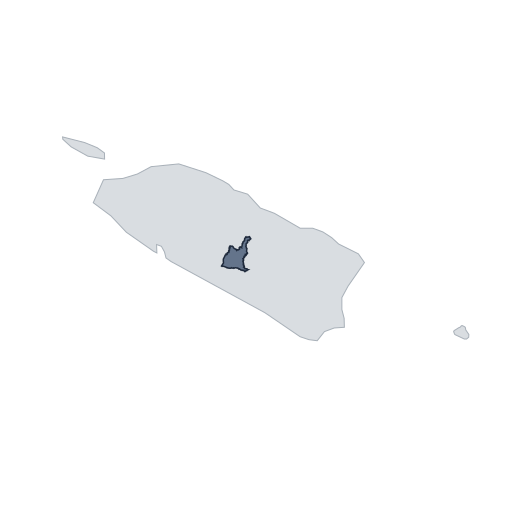 location of Ciales, Puerto Rico, rotated 207°
{"feature_id": "32010507B34283188720428", "entity_name": "Ciales", "entity_type": "district", "adm_level": 2, "iso_a3": "PRI", "parent_name": "Puerto Rico", "parent_adm1": "", "projection": "mercator", "projection_center": [-66.527, 18.264], "detail": "fine", "context": "in_parent", "style": "filled", "palette": "slate", "viewbox_px": 512, "rotation_deg": 207, "n_neighbors": 0, "source": "geoboundaries", "source_scale": "gbopen_adm2", "svg_char_len": 4524}
<svg xmlns="http://www.w3.org/2000/svg" viewBox="0 0 512 512"><g transform="rotate(207 256 256)"><path d="M339.4,218.1L344.7,221.7L349.8,221.1L345.7,213.7L349.5,213.7L382.3,218.3L403.5,225.9L425.2,229.6L426.5,254.7L409.8,264.7L398.9,275.2L390.0,288.0L366.6,303.0L338.3,307.5L319.6,307.9L312.6,307.4L305.7,304.8L291.5,307.3L274.0,300.7L259.0,302.4L229.2,300.8L218.0,306.5L207.3,307.8L196.8,306.7L187.9,304.2L165.8,304.4L156.4,299.4L160.3,270.9L160.6,257.9L155.2,247.3L149.2,240.5L144.9,232.6L153.6,227.4L160.7,219.7L163.0,208.3L170.8,205.5L180.0,204.1L222.3,209.5L329.2,212.5L335.3,213.4L339.4,218.1ZM460.0,279.3L446.6,280.4L437.8,279.0L434.9,273.6L451.2,268.6L470.2,269.3L481.1,272.3L482.4,274.3L460.0,279.3ZM40.7,287.6L39.1,287.7L37.5,287.6L36.7,287.0L35.6,285.4L30.7,282.7L29.6,280.2L30.7,277.6L32.7,276.6L42.6,276.3L43.6,276.5L45.6,278.4L45.6,279.6L44.7,280.9L42.9,284.0L42.2,284.8L41.6,285.6L41.4,287.0L40.7,287.6Z" fill="#d9dde1" stroke="#a8b0b8" stroke-width="1"/><path d="M257.5,239.2L256.8,240.2L257.4,240.0L257.6,240.2L257.8,240.2L258.0,240.4L258.2,240.2L258.7,240.3L259.1,240.1L259.6,240.0L259.8,239.8L260.0,239.8L260.2,239.7L260.3,240.0L261.1,240.2L261.3,240.2L261.6,240.7L261.9,240.6L261.9,241.1L261.6,241.3L262.0,241.8L262.5,241.8L262.7,242.2L262.9,242.2L262.9,242.5L263.4,242.6L263.4,243.1L263.7,243.3L263.6,243.5L263.8,243.9L264.0,244.0L264.5,244.5L264.5,244.8L264.9,245.2L265.3,245.3L265.4,245.5L265.2,245.9L265.3,246.1L265.3,246.4L265.1,246.4L265.1,246.6L265.5,247.2L266.4,247.5L266.5,247.6L266.2,248.1L265.9,248.5L266.0,248.8L265.9,249.4L266.3,249.4L266.4,249.7L266.3,249.9L265.9,249.7L265.7,249.8L265.8,250.2L266.0,250.3L266.3,250.6L266.2,250.7L266.0,251.0L265.6,251.1L265.5,251.3L265.7,251.6L265.6,252.0L265.9,252.0L266.2,252.3L266.3,252.5L266.1,252.6L265.9,252.7L265.5,252.7L265.2,252.6L265.3,253.2L265.1,253.3L265.4,253.8L265.0,254.0L264.9,254.3L264.8,254.6L265.2,255.0L266.4,255.6L266.9,256.8L267.5,258.6L268.1,258.6L268.6,259.4L268.7,259.6L269.2,259.7L269.4,259.9L269.6,260.7L269.6,261.2L269.9,261.5L270.3,262.2L270.3,262.7L270.2,263.1L269.7,263.7L269.8,263.9L269.6,264.4L269.7,264.6L270.1,265.0L270.6,265.9L270.3,266.5L270.1,266.6L269.9,266.4L269.7,266.5L269.2,266.6L269.4,267.1L269.0,267.5L268.8,267.9L268.7,268.3L268.9,268.5L268.5,269.0L269.3,269.5L269.5,269.4L269.7,269.6L270.1,269.7L270.1,269.9L270.6,270.3L270.9,270.1L271.2,269.7L271.4,269.4L272.0,269.2L272.5,268.8L272.5,268.6L272.8,268.3L273.2,268.1L273.7,268.5L273.8,268.3L273.8,268.1L273.7,267.8L273.7,267.5L273.9,267.1L274.0,266.3L273.7,265.8L273.6,265.2L273.3,265.0L273.4,264.7L273.5,264.5L273.4,264.3L273.4,263.7L273.6,263.5L273.8,262.8L274.0,262.5L273.8,262.3L273.7,261.5L273.8,261.2L273.5,261.0L273.8,260.4L273.4,259.8L273.3,259.7L273.3,259.3L273.1,258.8L273.0,258.3L272.8,257.6L273.0,257.1L272.8,256.9L273.2,256.9L273.9,256.8L274.2,257.0L274.5,256.6L274.5,256.3L274.7,255.7L274.6,255.4L274.2,255.3L274.2,255.0L273.8,254.6L274.2,253.9L274.5,253.4L274.9,253.2L275.3,253.2L275.6,252.8L275.7,252.2L276.2,252.5L276.4,252.9L276.7,252.8L276.9,252.9L277.2,252.7L277.7,252.9L278.1,252.8L278.8,252.8L280.0,253.3L280.3,253.6L280.6,253.8L281.6,254.0L282.1,253.7L282.6,253.4L283.2,253.4L283.7,253.1L283.6,252.8L283.8,252.2L283.5,251.9L283.0,251.8L283.0,251.5L283.2,251.2L283.5,251.1L283.6,250.9L282.9,250.8L282.7,250.6L282.8,250.1L282.9,249.9L282.4,249.3L282.6,249.0L282.3,248.9L282.3,248.7L282.6,248.4L282.7,248.1L282.4,247.5L281.9,247.4L281.9,247.1L282.1,247.2L282.3,247.0L282.4,246.6L282.6,246.2L283.0,245.9L283.0,245.7L282.8,245.1L283.0,244.8L282.5,244.4L282.5,244.2L282.9,243.7L283.1,243.7L283.2,244.2L283.6,244.1L283.4,243.4L283.9,242.6L283.8,242.3L283.7,241.9L283.7,239.7L283.7,239.2L283.7,238.4L282.7,236.4L282.2,235.8L282.0,235.3L281.8,234.8L282.0,233.5L282.0,233.3L282.2,231.4L281.5,231.3L281.2,231.7L280.4,232.1L280.0,232.1L278.7,232.3L277.5,232.4L276.9,232.3L276.5,232.3L276.0,232.7L275.8,232.5L274.8,232.8L274.2,233.1L273.9,233.1L273.4,233.4L273.4,233.5L273.1,233.6L272.7,234.0L272.6,234.4L271.9,234.3L271.1,234.7L271.0,235.1L270.9,235.2L270.6,235.2L270.1,235.0L269.7,235.5L269.5,235.9L269.1,236.2L268.1,236.4L267.9,236.6L267.0,236.8L266.8,237.0L266.6,236.8L266.2,236.8L265.8,236.7L265.4,236.9L265.3,236.6L265.1,236.5L264.7,236.9L263.9,236.9L263.2,236.6L262.8,236.8L262.6,236.8L262.1,237.0L261.9,236.9L261.6,237.2L261.1,237.5L260.8,237.2L260.3,237.4L259.5,237.4L259.2,237.2L259.0,237.3L258.7,237.1L258.6,237.3L258.7,237.6L258.5,238.0L258.0,238.5L257.6,238.6L257.5,239.2Z" fill="#64748b" stroke="#1e293b" stroke-width="1.5"/></g></svg>